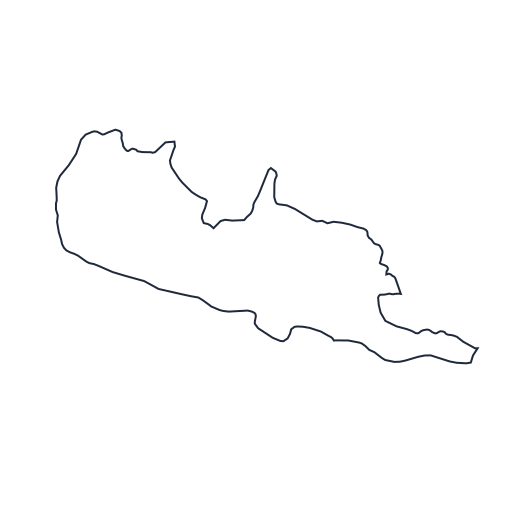 map outline of Huila (Albers equal-area conic projection), rotated 71°
{"feature_id": "COL-1405", "entity_name": "Huila", "entity_type": "Department", "adm_level": 1, "iso_a3": "COL", "parent_name": "Colombia", "parent_adm1": "", "projection": "albers", "projection_center": [-75.51, 2.666], "detail": "fine", "context": "isolated", "style": "outline", "palette": "slate", "viewbox_px": 512, "rotation_deg": 71, "n_neighbors": 0, "source": "natural_earth", "source_scale": "10m", "svg_char_len": 3108}
<svg xmlns="http://www.w3.org/2000/svg" viewBox="0 0 512 512"><g transform="rotate(71 256 256)"><path d="M361.4,209.8L358.6,210.6L357.3,211.3L354.9,213.6L348.5,219.3L341.5,228.6L338.3,234.4L336.2,239.5L335.5,242.6L336.8,246.6L340.6,249.1L344.2,252.9L345.5,257.8L344.3,260.6L338.8,266.8L325.0,277.5L319.6,279.2L317.7,278.5L313.0,275.8L311.1,275.4L309.4,275.9L307.3,277.9L304.9,281.6L299.7,299.9L297.4,304.7L295.2,308.1L289.1,314.8L287.5,315.8L280.0,321.1L276.5,324.0L272.8,330.7L267.7,339.1L255.5,358.8L243.3,369.9L232.4,385.8L224.5,396.8L213.9,408.3L210.7,412.1L208.5,415.9L206.1,418.2L197.7,424.2L194.7,427.2L192.1,430.5L189.1,433.4L185.8,434.9L181.6,435.5L177.6,435.0L169.4,434.7L159.1,433.0L153.1,430.2L147.0,430.0L141.1,428.0L138.6,426.3L134.4,425.0L126.4,422.7L120.8,419.4L116.4,415.2L109.3,403.6L100.9,392.8L89.1,383.6L85.8,377.6L85.3,370.8L85.4,368.6L86.7,365.8L91.1,361.7L91.5,360.1L91.0,355.3L90.8,347.8L93.4,344.3L95.7,343.1L98.4,343.7L100.4,344.8L102.9,345.2L105.7,345.2L108.9,345.8L111.3,345.2L113.5,344.4L114.7,343.6L115.1,342.7L115.0,341.7L114.6,340.3L114.3,338.8L114.4,337.5L116.5,334.7L118.4,333.9L120.7,329.7L123.0,323.5L123.5,321.9L124.8,320.0L124.9,317.4L119.1,304.6L121.3,295.9L126.2,297.0L128.8,299.4L137.7,306.3L140.9,306.9L144.8,307.0L157.7,303.6L163.0,301.6L174.6,295.9L178.4,293.0L182.2,289.7L186.1,285.2L188.2,284.5L194.0,288.5L199.4,293.3L202.6,294.9L207.9,294.7L210.0,291.2L212.0,289.3L215.9,287.1L211.4,278.1L211.7,273.4L214.8,266.9L218.2,255.5L216.1,251.8L214.2,247.3L212.1,244.9L209.2,242.8L206.5,241.7L204.4,239.8L200.1,234.8L195.9,231.0L178.8,216.2L177.7,213.3L182.6,210.0L184.5,209.9L187.0,210.3L188.2,211.6L190.2,213.3L193.5,215.0L206.3,219.6L210.8,219.8L213.1,219.4L214.6,217.5L218.2,210.3L224.3,203.8L240.1,190.8L243.1,187.2L244.3,181.9L248.3,177.8L248.9,171.5L252.5,164.0L257.0,156.6L261.9,150.4L265.0,145.5L267.4,143.4L269.2,142.9L271.0,143.2L272.5,143.7L273.9,143.6L275.8,143.2L277.4,141.9L278.8,141.3L282.1,140.4L283.3,139.5L284.2,138.4L285.3,136.7L286.3,135.9L287.2,135.6L291.9,134.8L293.5,135.1L295.2,135.9L298.4,138.2L300.6,139.4L303.0,141.2L303.7,140.8L304.9,139.6L306.1,137.9L308.4,135.7L310.2,135.3L311.6,135.7L312.4,136.6L312.8,137.4L315.9,138.8L316.0,136.1L317.6,134.3L319.4,133.4L320.4,132.2L321.6,131.7L323.0,131.5L339.0,131.4L338.1,133.2L337.1,136.8L336.9,138.5L336.4,139.9L335.2,141.7L334.9,142.7L334.6,145.6L334.2,147.6L333.5,149.6L333.1,151.4L333.8,152.9L335.1,154.1L342.5,155.9L350.2,156.6L359.5,154.8L368.2,146.1L374.3,137.1L377.6,133.1L380.8,130.2L381.8,128.2L381.6,126.5L380.8,124.5L380.6,122.1L381.2,118.3L382.2,116.5L383.7,115.2L385.2,114.3L387.2,112.2L387.8,110.9L387.7,109.3L387.3,108.0L387.2,106.1L387.8,104.7L388.8,103.1L389.6,102.3L390.6,102.1L391.7,101.5L392.9,100.1L394.6,96.6L396.0,94.5L397.9,92.3L404.5,88.0L414.6,78.9L415.4,76.5L420.7,83.2L426.7,87.6L425.9,92.2L422.3,101.0L418.8,107.1L406.9,123.1L405.0,128.8L404.1,135.4L403.5,148.9L402.8,154.4L401.2,159.6L396.4,167.7L393.4,170.2L385.6,175.3L381.6,179.5L376.9,181.8L373.2,184.4L371.4,186.7L365.9,196.3L361.5,208.8L361.4,209.8Z" fill="none" stroke="#1e293b" stroke-width="2"/></g></svg>